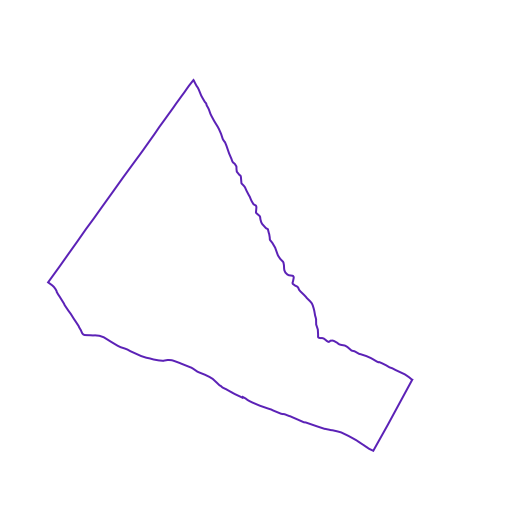 the district of Ratchathewi, Bangkok Metropolis, Thailand, rotated 19°
{"feature_id": "78962969B82033887386179", "entity_name": "Ratchathewi", "entity_type": "district", "adm_level": 2, "iso_a3": "THA", "parent_name": "Thailand", "parent_adm1": "Bangkok Metropolis", "projection": "equal_earth", "projection_center": [100.542, 13.761], "detail": "fine", "context": "isolated", "style": "outline", "palette": "violet", "viewbox_px": 512, "rotation_deg": 19, "n_neighbors": 0, "source": "geoboundaries", "source_scale": "gbopen_adm2", "svg_char_len": 5377}
<svg xmlns="http://www.w3.org/2000/svg" viewBox="0 0 512 512"><g transform="rotate(19 256 256)"><path d="M267.2,238.3L264.2,236.4L263.8,236.0L263.6,235.6L262.9,233.9L261.4,231.1L260.5,229.9L258.7,227.1L258.6,226.9L258.4,226.8L258.2,226.7L257.2,226.6L256.5,226.5L256.4,226.4L256.2,226.3L255.7,226.1L253.0,224.6L252.3,224.2L252.0,224.1L251.9,224.0L251.4,223.7L250.4,222.8L249.9,222.3L249.5,221.7L248.5,220.3L247.5,218.5L247.4,218.1L247.2,217.8L247.1,217.7L246.8,217.3L246.5,217.1L246.2,216.9L243.2,215.7L242.3,215.3L242.1,215.2L241.9,215.0L241.8,214.8L241.7,214.6L241.5,213.7L241.2,212.5L240.6,210.1L240.5,209.8L240.4,209.6L240.1,209.0L239.9,208.8L239.8,208.7L239.6,208.5L239.5,208.4L239.4,208.4L239.1,208.3L237.4,208.0L236.9,207.9L236.7,207.8L234.3,205.8L232.9,204.4L230.9,202.1L230.7,201.9L229.3,200.7L225.5,197.1L225.1,196.6L224.0,195.5L223.5,194.9L222.9,194.4L221.5,193.5L220.9,193.2L219.5,192.5L218.9,192.2L218.7,192.1L218.4,191.6L216.0,186.2L215.5,185.5L215.3,185.2L215.2,185.1L214.7,184.9L213.8,184.7L212.6,183.9L210.8,182.8L210.7,182.7L210.4,182.5L210.2,182.2L210.1,181.9L209.9,181.5L209.3,180.3L208.6,178.4L208.4,178.0L208.3,177.7L208.1,177.5L207.7,177.2L206.1,175.9L204.7,175.3L204.2,175.2L203.5,174.8L202.8,174.2L201.8,173.0L201.2,172.2L197.1,167.7L192.1,161.3L189.9,158.8L189.7,158.6L189.5,158.4L189.0,158.2L187.0,156.7L186.8,156.5L186.7,156.4L186.4,156.1L183.2,151.9L179.5,147.9L178.6,147.1L178.0,146.5L174.1,143.3L172.2,141.7L168.3,138.1L166.6,136.4L164.0,133.1L163.9,133.0L163.1,132.1L161.8,130.9L160.5,129.8L160.1,129.3L159.7,128.7L159.3,128.1L159.1,127.9L157.5,127.0L157.0,126.6L154.1,124.1L153.0,123.1L152.0,122.2L151.2,121.3L147.8,117.4L146.2,115.8L144.4,114.5L143.1,113.3L141.2,111.5L140.3,110.5L139.6,110.0L139.3,110.8L137.2,116.8L136.2,120.2L134.9,124.8L133.5,129.2L132.3,133.2L130.9,137.7L129.5,142.7L126.8,151.6L125.4,156.3L122.6,165.4L120.4,173.5L114.3,194.3L109.5,209.7L104.7,225.2L99.5,242.8L94.1,260.8L90.4,273.4L86.5,285.8L82.4,300.2L81.1,304.6L78.4,313.7L73.6,330.2L68.0,348.6L70.6,349.4L72.9,350.1L74.2,350.7L74.5,350.8L75.7,351.5L76.2,351.9L77.5,352.8L77.7,353.0L77.8,353.1L78.4,353.7L78.8,354.0L79.4,355.0L79.8,355.3L80.8,356.2L81.5,356.8L83.5,358.3L89.9,363.5L91.0,364.7L93.1,366.3L96.3,368.7L99.2,370.7L99.5,370.9L99.9,371.2L104.2,374.7L106.6,376.5L111.0,379.9L111.3,380.2L111.9,380.9L114.1,382.8L114.5,383.1L116.5,385.3L117.1,385.8L117.6,386.1L118.0,386.3L118.3,386.4L118.8,386.5L119.1,386.5L119.7,386.5L120.1,386.4L122.5,385.7L125.4,384.8L127.7,384.2L129.7,383.4L132.3,382.8L133.5,382.5L134.3,382.4L136.3,382.4L138.0,382.4L138.5,382.4L138.9,382.5L142.5,383.3L146.8,384.3L154.4,385.9L157.6,386.3L162.0,386.2L164.9,386.3L168.2,386.9L180.0,388.0L185.3,387.9L189.1,387.4L192.8,387.2L197.9,386.4L202.5,385.3L202.9,385.0L203.2,384.8L206.3,383.1L207.2,382.8L208.2,382.5L210.2,382.0L211.2,381.9L213.5,381.9L218.8,382.0L219.8,382.1L230.1,382.6L231.0,382.6L231.6,382.7L233.1,383.0L237.8,384.3L238.0,384.4L239.0,384.5L240.3,384.6L246.6,384.9L247.3,385.0L251.5,385.5L253.2,385.9L254.7,386.2L255.1,386.3L260.5,388.7L263.5,390.1L263.8,390.2L264.7,390.3L264.9,390.3L265.1,390.4L265.4,390.5L266.5,391.0L267.1,391.2L267.6,391.3L271.0,391.7L271.5,391.7L272.1,391.9L278.8,393.1L280.7,393.4L281.4,393.5L287.9,394.2L289.4,394.4L289.4,394.2L289.4,393.6L292.5,394.1L294.9,394.9L297.0,395.3L300.2,395.7L307.0,396.2L308.7,396.3L312.5,396.3L317.0,396.3L320.5,396.2L321.7,396.4L322.7,396.5L331.2,397.0L331.5,396.9L332.6,396.8L333.8,396.4L335.4,396.3L336.8,396.4L339.5,396.5L340.6,396.4L342.6,396.6L346.6,396.9L355.0,397.6L355.7,397.6L356.0,397.5L357.2,397.2L358.1,397.2L369.6,397.2L377.2,397.1L377.8,396.9L379.6,396.7L381.8,396.4L383.2,396.3L385.4,395.8L386.6,395.7L387.6,395.6L388.3,395.5L390.5,395.3L393.3,395.1L394.2,395.1L401.1,395.9L402.5,396.1L406.1,396.7L410.6,397.5L425.8,401.5L428.6,401.8L430.3,402.0L431.8,393.7L435.5,373.2L444.0,322.1L443.6,322.1L440.2,320.8L437.7,320.1L435.0,319.4L434.8,319.4L426.3,318.5L425.2,318.4L421.5,317.8L418.4,317.8L414.7,317.0L410.1,316.4L407.2,316.2L406.6,316.4L406.4,316.6L404.9,316.5L401.4,315.8L401.1,315.7L397.8,315.1L393.0,314.7L392.4,314.7L386.7,314.8L385.6,315.0L381.3,314.2L380.1,314.0L378.5,314.2L377.1,314.3L372.1,312.3L369.7,311.8L368.8,311.8L368.7,311.8L365.7,312.3L365.4,312.3L364.8,312.4L363.4,312.4L362.9,312.3L361.9,312.0L361.4,311.7L357.6,311.0L356.4,311.0L356.0,311.0L354.3,311.7L354.2,311.7L353.9,312.0L353.7,312.3L353.3,313.0L353.1,313.2L352.9,313.4L352.7,313.4L352.5,313.5L352.4,313.6L352.1,313.6L351.4,313.4L350.6,313.3L350.3,313.2L350.2,313.1L348.9,312.6L347.0,312.0L346.4,312.0L345.7,312.0L344.5,312.3L343.5,312.7L342.8,312.8L342.1,312.8L341.7,312.8L341.3,312.6L341.2,312.5L341.0,312.2L340.9,311.9L340.3,310.1L338.4,305.4L335.2,301.2L333.5,296.6L333.5,296.4L332.5,294.8L331.3,293.1L330.4,291.5L330.2,291.1L328.9,288.8L327.8,287.1L327.4,286.5L326.8,285.7L325.8,284.3L324.4,282.8L323.6,282.2L321.9,281.2L317.7,279.2L316.5,278.4L314.2,277.2L309.5,275.0L307.7,273.9L306.5,272.5L305.4,271.7L304.3,271.4L302.8,271.3L299.9,270.4L299.3,269.6L299.2,267.6L298.8,264.7L298.7,264.2L298.5,263.7L298.3,263.4L298.0,263.2L297.5,262.8L297.3,262.8L296.9,262.8L293.3,263.5L292.5,263.4L291.7,263.3L289.2,262.1L288.5,261.4L287.4,260.2L287.2,259.7L287.0,259.4L286.8,259.0L285.4,255.6L284.1,253.3L283.5,252.7L279.8,250.8L277.4,249.0L276.2,247.9L271.4,241.9L267.2,238.3Z" fill="none" stroke="#5b21b6" stroke-width="2"/></g></svg>